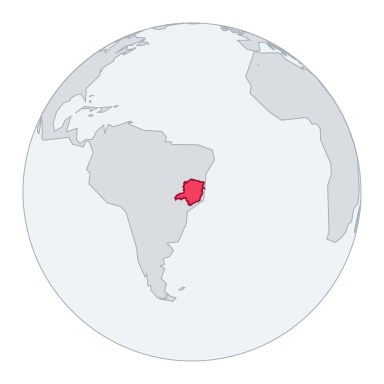 Minas Gerais highlighted on a globe, orthographic projection, rotated 350°
{"feature_id": "BRA-601", "entity_name": "Minas Gerais", "entity_type": "State", "adm_level": 1, "iso_a3": "BRA", "parent_name": "Brazil", "parent_adm1": "", "projection": "orthographic", "projection_center": [-44.656, -18.566], "detail": "fine", "context": "on_globe", "style": "filled", "palette": "rose", "viewbox_px": 384, "rotation_deg": 350, "n_neighbors": 0, "source": "natural_earth", "source_scale": "10m", "svg_char_len": 9400}
<svg xmlns="http://www.w3.org/2000/svg" viewBox="0 0 384 384"><g transform="rotate(350 192 192)"><circle cx="192" cy="192" r="169" fill="#eef3f6" stroke="#a8b0b8"/><path d="M153.0,27.6L152.7,27.7L151.6,27.9L153.0,27.6ZM142.6,30.4L129.4,35.1L125.2,37.0L124.2,37.8L133.1,36.2L130.5,38.1L130.9,39.6L134.6,37.7L135.7,35.9L142.8,33.2L143.2,31.9L146.2,30.8L148.7,29.3L153.9,28.3L157.5,28.2L155.7,29.6L157.2,29.8L163.5,27.8L164.4,30.2L172.5,32.1L172.2,33.1L163.3,35.7L152.0,36.9L140.5,42.2L153.5,37.8L152.4,41.3L154.5,41.7L157.9,41.2L160.5,39.6L161.3,40.8L148.7,45.2L147.8,44.1L151.8,42.6L146.4,43.4L137.9,47.3L138.0,49.2L125.1,54.5L125.0,56.1L122.1,58.5L123.2,55.4L121.1,61.4L105.9,71.6L102.7,84.3L99.8,75.9L95.0,76.3L88.8,78.6L88.1,80.6L80.9,82.1L72.6,89.4L66.9,101.1L67.3,108.4L75.5,105.3L79.3,99.5L86.0,96.2L78.6,111.1L90.0,109.3L87.3,120.2L90.3,124.8L96.6,121.8L103.0,122.9L108.5,115.6L116.8,110.7L116.2,119.4L121.4,110.7L125.7,114.2L142.8,111.7L141.3,113.9L155.7,123.1L172.5,127.0L176.3,133.6L174.2,137.9L180.3,139.0L180.4,141.8L205.8,146.5L219.5,154.4L219.6,164.6L209.2,176.1L202.1,202.0L184.0,210.7L181.1,221.8L169.8,238.7L158.6,238.0L163.6,246.1L158.8,251.6L152.0,252.5L152.4,258.6L147.5,259.2L151.9,262.8L146.5,271.6L151.0,277.8L147.7,285.0L150.9,288.7L148.6,288.8L147.0,290.6L147.7,292.9L139.8,290.2L134.6,281.8L135.2,277.0L132.3,276.8L133.3,264.9L131.0,267.6L126.9,251.2L127.7,237.3L123.5,200.4L119.3,194.0L106.9,188.1L91.9,166.2L94.9,155.5L92.0,151.6L101.5,136.0L99.7,124.5L96.5,123.5L92.9,128.8L82.8,124.4L80.2,116.8L54.7,115.3L53.3,112.7L55.3,106.2L57.0,92.1L51.5,107.9L50.2,106.3L51.1,101.5L53.0,98.9L56.8,91.2L57.1,90.3L57.8,89.3L66.2,79.2L75.3,69.8L85.1,61.1L95.6,53.2L106.7,46.2L118.2,40.0L130.2,34.7L142.6,30.4ZM100.7,89.1L113.9,92.6L105.2,95.2L107.1,93.6L104.0,91.6L97.8,90.8L90.6,94.2L100.7,89.1ZM109.3,80.1L107.0,80.1L109.5,79.5L109.3,80.1ZM145.7,30.1L147.2,29.7L146.0,30.1L145.7,30.1ZM145.4,29.9L143.0,30.7L142.5,30.7L144.0,30.3L145.4,29.9ZM148.6,29.0L141.9,30.8L141.1,31.0L146.2,29.4L148.6,29.0ZM154.0,296.3L141.0,291.5L147.8,293.4L150.3,289.5L158.0,293.6L154.0,296.3ZM162.3,286.1L166.5,283.9L168.2,284.9L165.6,286.7L162.3,286.1ZM323.1,85.4L321.1,83.3L315.2,76.6L315.2,76.4L323.1,85.4ZM313.9,75.0L310.9,72.6L316.6,78.7L317.3,80.1L308.0,70.6L305.5,67.9L291.8,57.3L294.1,59.7L307.2,70.1L305.0,68.6L308.2,72.7L304.1,68.4L289.2,57.2L283.4,56.2L283.6,64.5L278.6,64.3L271.0,61.0L263.3,50.6L275.3,52.5L272.7,49.6L263.8,44.5L268.2,45.8L266.0,44.2L269.9,45.1L269.0,42.9L272.0,43.9L265.5,40.0L266.1,40.2L269.8,42.3L273.9,44.5L278.9,47.1L291.4,55.4L303.1,64.7L313.9,75.0ZM273.9,44.2L273.1,43.8L262.3,38.4L259.8,37.4L252.5,34.3L252.2,34.1L263.2,38.8L273.9,44.2ZM340.5,111.3L338.5,107.8L337.8,106.6L340.5,111.3ZM337.0,105.2L338.7,108.2L334.8,101.8L346.9,124.6L350.6,133.9L353.4,142.0L357.3,157.1L359.8,172.5L360.9,188.0L359.4,199.3L357.4,217.4L353.7,231.7L348.3,236.9L343.9,249.0L340.4,250.8L337.0,257.4L331.5,262.7L324.1,266.5L316.6,261.7L320.0,255.2L322.1,240.9L326.7,209.4L332.6,197.8L333.5,187.6L327.7,163.1L329.3,152.2L326.7,146.5L322.1,146.0L318.7,139.4L315.5,138.3L292.6,136.8L283.2,128.0L266.3,104.9L268.7,97.3L264.8,88.1L277.8,64.3L285.3,67.3L300.9,69.8L303.7,71.6L307.0,77.3L322.9,90.7L321.9,86.9L331.1,96.8L333.9,100.3L337.0,105.2ZM279.0,76.6L279.9,79.1L279.0,76.6ZM143.4,111.6L145.4,113.0L142.6,113.4L143.4,111.6ZM103.4,98.8L106.5,98.3L107.9,99.2L105.4,100.1L103.4,98.8ZM130.8,94.0L134.7,94.2L130.4,95.4L130.8,94.0ZM116.1,93.0L127.7,94.2L119.5,97.8L112.3,97.3L117.6,95.6L116.1,93.0ZM106.6,84.7L108.4,84.8L107.5,86.3L106.6,84.7ZM111.2,79.7L110.4,79.9L109.7,79.1L111.2,79.7ZM153.1,41.0L154.2,40.7L157.3,40.5L155.3,41.3L153.1,41.0ZM174.2,36.8L175.0,39.0L173.1,37.8L170.5,39.0L163.1,38.3L171.6,33.7L169.1,35.7L174.2,36.8ZM155.7,36.8L159.4,37.3L155.0,36.9L155.7,36.8ZM250.2,36.1L253.7,37.3L255.2,38.6L251.4,38.8L249.1,36.6L250.2,36.1ZM258.1,38.8L248.5,34.1L250.4,34.3L251.0,34.9L253.2,35.5L254.7,36.7L266.0,42.0L268.1,43.7L259.9,42.2L261.5,41.6L258.0,40.2L258.1,38.8ZM220.4,26.1L216.2,25.3L225.9,26.6L228.7,27.3L225.1,27.1L219.7,26.2L220.4,26.1ZM159.0,26.3L156.8,26.8L157.3,26.6L159.6,26.2L159.0,26.3ZM168.4,24.7L169.2,24.6L166.9,24.9L172.4,24.5L168.4,25.4L165.0,25.5L166.1,26.2L161.4,26.6L162.9,27.1L155.7,27.3L151.5,28.2L157.6,26.8L161.4,25.9L161.7,25.8L161.1,25.9L168.4,24.7ZM209.9,24.0L213.0,24.3L213.6,24.4L197.9,24.0L194.5,25.0L193.9,26.3L186.8,26.0L182.9,24.8L181.4,23.8L185.7,23.2L181.8,23.4L182.6,23.3L185.4,23.2L183.3,23.3L196.6,23.1L209.9,24.0ZM303.8,70.2L305.3,71.1L307.1,71.9L309.2,74.7L303.8,70.2ZM293.7,62.5L294.7,62.6L298.4,66.5L296.7,65.8L293.7,62.5ZM292.0,59.6L294.4,62.3L292.1,60.4L292.0,59.6ZM270.4,42.5L271.0,42.7L272.3,43.4L273.4,44.1L270.4,42.5ZM319.5,82.4L322.7,85.6L320.0,83.2L319.5,82.4ZM354.4,238.7L345.1,261.0L345.1,258.6L348.5,250.3L354.2,235.9L355.4,234.5L356.9,228.9L354.4,238.7Z" fill="#d9dde1" stroke="#a8b0b8" stroke-width="1"/><path d="M186.7,180.7L187.1,180.9L187.3,181.0L187.4,181.3L187.5,181.3L187.9,181.3L188.1,181.1L188.2,181.5L187.9,182.2L188.0,182.2L188.3,182.1L188.4,181.9L188.9,181.9L189.1,181.8L189.2,181.6L189.3,181.5L189.4,181.3L189.7,181.3L189.9,181.2L190.1,181.1L190.4,180.7L190.7,180.7L191.4,180.3L191.5,180.1L192.3,179.6L192.8,179.4L193.0,179.3L193.3,179.3L193.8,179.4L194.0,179.4L194.4,179.5L194.5,179.6L194.3,179.8L194.2,180.2L194.3,180.3L194.3,180.5L195.3,180.9L195.5,180.8L195.6,180.6L196.1,180.4L196.3,180.4L196.9,180.6L197.0,180.8L197.7,181.3L197.9,181.3L198.3,181.6L198.7,181.8L199.0,181.9L199.3,182.1L199.6,182.0L200.0,181.9L201.4,183.0L201.5,183.8L202.0,183.9L202.3,183.8L202.4,183.6L202.5,183.6L202.9,183.6L203.1,183.8L203.4,183.7L203.5,183.8L203.7,184.0L203.9,183.9L204.2,184.1L204.6,184.1L204.7,184.3L204.8,184.3L205.2,184.6L205.4,184.6L205.5,184.8L205.6,185.0L205.4,185.2L205.3,185.5L205.0,185.8L204.8,186.1L204.6,186.2L204.4,186.3L204.3,186.8L204.4,187.0L203.8,187.1L203.6,187.3L203.5,187.9L203.5,188.3L203.4,188.4L203.4,188.7L203.5,188.7L203.6,188.8L203.7,189.0L203.9,189.2L204.0,189.4L204.2,189.5L204.5,189.8L204.5,190.0L204.4,190.2L204.5,190.4L204.3,190.3L204.2,190.3L204.1,190.2L203.9,190.2L203.7,190.3L203.6,190.2L203.2,190.3L202.8,190.4L202.7,190.3L202.9,190.7L202.9,190.9L202.7,190.9L202.4,190.8L202.2,191.0L201.9,191.2L201.8,191.3L201.9,191.5L202.0,191.5L202.2,191.8L202.1,192.4L202.4,192.4L202.4,192.7L202.3,192.9L201.9,192.9L201.7,192.8L201.6,193.0L201.9,193.0L202.0,193.2L202.0,193.3L202.0,193.5L202.3,193.8L202.3,194.2L202.4,194.3L202.3,194.8L202.2,194.9L202.1,195.0L201.7,195.3L201.6,195.9L201.5,196.1L201.4,196.1L201.2,196.7L201.1,196.9L200.1,196.9L200.0,197.0L199.8,197.3L199.8,197.5L199.9,197.9L199.7,198.2L199.8,198.1L199.6,198.5L199.4,199.0L199.1,199.0L198.9,199.1L199.0,199.2L199.0,199.3L198.8,199.7L198.8,199.8L198.7,200.2L198.5,200.3L198.5,200.6L198.3,201.0L198.5,201.1L198.5,201.3L198.4,201.4L197.8,201.7L196.8,202.0L196.7,202.2L196.4,202.2L196.4,202.4L196.2,202.3L196.2,202.2L195.6,202.1L195.2,202.3L194.9,202.3L194.7,202.3L194.4,202.3L193.6,202.6L193.1,202.9L192.6,202.9L192.3,203.0L192.1,203.1L191.8,203.2L191.3,203.4L190.9,203.5L190.5,203.8L190.4,203.8L190.0,204.0L189.9,203.9L189.7,204.0L189.5,203.9L189.3,204.0L189.2,204.0L189.3,203.9L189.1,203.9L189.1,204.0L188.9,204.2L188.9,204.3L189.1,204.3L189.1,204.5L188.9,204.6L188.7,204.7L188.4,204.6L188.0,204.8L187.9,204.6L187.6,204.7L187.4,204.7L187.4,204.4L187.0,204.1L187.3,204.0L187.2,203.8L187.3,203.7L186.9,203.6L186.8,203.4L186.6,203.3L186.5,203.2L186.4,203.1L186.5,202.8L186.7,202.5L186.6,202.4L186.4,202.4L186.5,202.3L186.5,202.2L186.5,201.9L186.5,201.6L186.7,201.2L186.8,201.2L186.9,200.8L187.0,200.7L186.9,200.6L186.7,200.5L186.6,200.4L186.4,200.4L186.2,200.3L185.9,200.4L185.6,200.4L185.6,200.2L185.4,199.8L185.2,199.6L185.1,199.3L185.1,199.2L184.9,199.0L185.0,198.6L185.1,198.3L185.2,198.2L185.1,197.8L184.8,197.7L184.7,197.6L184.8,197.2L184.9,196.9L184.7,196.6L184.4,196.5L184.3,196.4L184.3,196.2L184.2,196.2L183.9,196.3L183.7,196.4L183.5,196.2L183.1,196.3L183.1,196.6L182.9,196.6L182.8,196.4L182.7,196.6L182.6,196.8L182.3,196.6L182.2,196.4L182.1,196.5L181.9,196.7L181.6,196.7L181.4,196.7L181.2,196.7L181.0,196.8L180.8,196.8L180.5,196.8L180.4,196.8L180.3,197.1L180.4,197.6L180.1,197.6L180.1,197.1L180.0,196.9L179.9,196.8L179.6,197.3L179.4,197.3L179.2,196.8L179.1,196.6L179.3,196.4L179.2,196.3L178.9,196.3L178.5,196.2L177.5,196.2L176.3,196.1L176.0,195.9L175.8,195.8L175.7,195.9L175.6,196.0L175.3,196.3L174.8,196.6L174.5,196.8L174.4,195.8L174.4,195.6L174.4,195.3L174.6,195.2L174.5,194.9L174.8,195.0L174.8,194.9L174.7,194.8L174.8,194.4L175.0,194.2L175.3,193.9L175.5,193.9L175.8,193.6L175.7,193.3L176.2,192.7L176.3,192.6L176.8,192.5L177.0,192.4L177.7,192.4L178.3,192.1L178.5,192.0L178.7,192.3L178.8,192.4L179.4,191.7L180.0,191.4L180.4,191.5L180.9,191.5L181.9,191.5L182.3,191.6L182.5,191.6L182.9,191.7L183.6,191.3L183.8,191.1L184.2,190.9L184.5,190.6L184.4,189.9L184.5,189.6L184.7,189.4L184.7,189.1L184.3,188.9L184.1,189.0L183.9,188.9L183.9,188.7L184.0,188.4L184.3,188.2L184.5,187.9L184.7,187.7L184.8,187.7L184.7,187.5L184.8,187.4L185.0,187.3L184.6,186.4L184.4,186.2L184.1,186.0L184.1,185.9L184.1,185.7L184.3,185.6L184.4,185.2L184.4,184.9L184.5,184.6L185.0,184.3L185.3,184.2L185.6,184.2L185.8,184.1L185.8,183.8L185.7,183.3L185.5,183.1L185.5,182.8L185.8,182.5L185.7,182.2L185.6,181.7L185.9,181.6L186.1,181.6L186.4,181.7L186.6,181.7L186.6,181.4L186.6,181.1L186.5,180.9L186.7,180.7Z" fill="#f43f5e" stroke="#9f1239" stroke-width="1.5"/></g></svg>